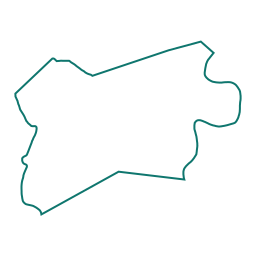 outline of Pimienta, Cortés, Honduras
{"feature_id": "27666195B68412156052956", "entity_name": "Pimienta", "entity_type": "district", "adm_level": 2, "iso_a3": "HND", "parent_name": "Honduras", "parent_adm1": "Cortés", "projection": "natural_earth1", "projection_center": [-87.976, 15.271], "detail": "fine", "context": "isolated", "style": "outline", "palette": "teal", "viewbox_px": 256, "rotation_deg": 0, "n_neighbors": 0, "source": "geoboundaries", "source_scale": "gbopen_adm2", "svg_char_len": 5625}
<svg xmlns="http://www.w3.org/2000/svg" viewBox="0 0 256 256"><path d="M168.6,50.3L92.4,75.8L90.8,74.7L89.3,74.3L87.4,73.6L85.4,72.5L83.9,71.2L82.2,70.3L80.9,69.4L79.7,68.4L76.5,66.1L75.4,65.1L74.0,64.1L72.2,63.0L70.9,62.2L69.9,61.3L69.1,60.8L62.9,60.8L61.0,60.7L59.4,60.9L56.7,61.1L54.5,59.0L53.6,58.5L52.6,58.5L52.3,58.6L15.4,93.6L15.4,94.2L15.4,94.8L15.5,96.0L15.5,96.4L15.5,96.5L15.6,96.8L15.8,97.2L17.3,100.5L17.5,100.9L17.6,101.1L17.6,101.4L17.8,102.1L17.9,102.5L18.1,103.2L18.2,103.6L18.4,104.3L19.0,105.5L19.1,106.0L19.3,106.6L19.6,107.5L19.7,108.0L19.9,108.7L20.2,109.4L20.2,109.6L20.3,109.8L23.5,114.8L23.9,115.6L24.1,115.9L24.7,117.1L25.1,118.1L25.7,119.5L26.1,120.4L26.4,121.0L26.5,121.2L26.9,121.5L27.2,121.9L27.5,122.3L27.8,122.8L28.0,123.0L28.3,123.3L28.7,123.7L29.4,124.2L29.8,124.6L30.2,124.9L30.8,125.5L31.1,125.7L31.2,125.9L31.4,126.0L31.6,126.0L32.2,126.1L32.8,126.2L33.0,126.2L33.4,126.2L33.8,126.1L34.0,126.1L34.3,126.1L34.5,126.1L35.0,126.1L35.5,126.3L35.9,126.5L36.1,126.7L36.2,126.8L36.4,127.1L36.5,127.4L36.5,127.7L36.6,128.1L36.6,128.5L36.6,129.0L36.4,130.3L36.3,131.1L36.2,131.5L36.0,132.3L35.7,133.3L35.5,133.7L35.2,134.6L34.8,135.5L34.6,135.9L34.4,136.2L33.9,137.1L33.7,137.5L33.5,137.9L33.2,138.6L32.9,139.4L32.7,139.8L32.5,140.3L32.2,140.7L32.1,141.1L31.9,141.6L31.6,142.7L31.4,143.2L31.2,143.7L28.2,151.5L27.3,153.7L27.0,154.5L26.8,154.8L26.6,155.1L26.3,155.4L26.2,155.5L25.2,156.0L24.0,156.6L23.7,156.8L23.2,157.2L22.8,157.5L22.5,158.0L22.2,158.3L22.2,159.9L22.2,160.6L22.3,160.9L22.4,161.3L22.5,161.7L22.7,162.1L22.9,162.4L23.1,162.8L23.2,163.0L23.4,163.2L23.7,163.4L24.0,163.7L24.3,163.9L24.6,164.0L24.8,164.1L25.3,164.3L25.7,164.4L26.0,164.6L26.4,164.9L26.5,165.0L26.7,165.3L26.8,165.5L26.9,165.9L26.9,166.1L26.9,166.4L26.9,166.6L26.8,166.9L26.8,167.1L26.2,168.4L24.9,171.4L24.4,172.6L24.1,173.3L23.9,173.9L23.6,174.9L23.5,175.2L23.4,175.5L23.4,175.9L23.3,176.5L23.3,176.8L23.2,177.2L23.1,177.6L23.0,178.1L22.9,178.5L22.7,178.9L22.5,179.7L22.4,180.0L22.2,180.6L22.1,181.2L22.0,181.7L21.8,182.8L21.7,183.8L21.6,184.7L21.6,185.1L21.5,185.9L21.5,187.1L21.5,188.3L21.6,191.8L21.6,193.4L21.7,194.0L21.7,194.7L22.0,196.3L22.3,198.5L22.6,199.8L22.7,200.4L22.8,200.8L23.0,201.2L23.2,201.6L23.4,201.9L23.6,202.1L23.7,202.3L24.0,202.6L24.3,202.9L24.6,203.2L25.0,203.5L25.4,203.8L25.6,204.0L25.9,204.1L26.4,204.3L27.2,204.5L27.6,204.6L29.4,205.0L30.4,205.2L32.1,205.6L32.8,205.8L33.3,206.0L33.6,206.1L33.9,206.3L35.0,206.9L36.6,207.8L36.9,208.1L37.4,208.4L38.2,209.0L38.7,209.4L39.1,209.7L39.3,209.9L39.6,210.1L39.7,210.3L39.9,210.5L40.2,210.9L40.4,211.3L40.7,211.8L40.9,212.2L41.0,212.5L41.1,212.9L41.2,213.4L41.3,213.9L41.4,214.4L56.6,206.0L118.6,171.7L184.3,179.5L184.0,178.5L183.8,177.7L183.8,177.4L183.7,176.9L183.6,175.9L183.5,175.2L183.4,174.4L183.4,173.7L183.4,173.1L183.4,172.6L183.4,171.8L183.5,171.2L183.6,170.7L183.7,170.2L183.9,169.7L184.0,169.2L184.3,168.6L184.6,168.1L184.8,167.8L184.9,167.6L185.5,166.9L186.0,166.2L186.3,165.9L186.7,165.5L188.2,164.0L189.3,163.0L190.5,162.1L191.2,161.4L191.6,161.0L191.9,160.7L192.5,160.0L193.1,159.2L193.6,158.6L194.1,157.9L195.1,156.3L195.7,155.4L196.3,154.4L196.4,154.1L196.4,153.9L196.7,151.8L196.9,149.8L197.3,146.7L197.3,145.7L197.4,145.3L197.3,144.9L197.3,143.6L197.2,142.5L197.0,141.1L196.8,139.4L196.6,137.8L196.5,137.2L196.4,136.4L196.2,135.7L195.7,133.8L195.3,132.1L194.8,130.4L194.6,129.8L194.5,129.3L194.4,128.7L194.4,128.0L194.4,127.6L194.4,127.1L194.4,126.0L194.4,125.3L194.5,124.6L194.6,123.9L194.7,123.1L194.8,123.0L194.8,122.8L195.0,122.6L195.2,122.2L195.5,121.9L195.7,121.6L196.0,121.3L196.3,121.1L196.6,120.8L196.8,120.7L197.2,120.5L197.5,120.4L197.8,120.3L198.1,120.2L198.4,120.2L198.8,120.2L199.2,120.2L199.6,120.2L200.0,120.2L200.5,120.3L200.8,120.4L201.5,120.6L202.9,121.1L204.0,121.6L204.9,121.9L206.8,122.8L207.7,123.2L209.0,123.9L209.7,124.2L210.7,124.6L211.3,124.8L213.1,125.4L214.6,125.7L216.0,126.1L217.2,126.3L217.7,126.4L218.5,126.5L219.1,126.5L219.7,126.5L220.5,126.4L221.0,126.4L221.9,126.2L222.6,126.1L224.4,125.8L226.2,125.4L227.1,125.2L228.5,124.8L230.5,124.2L232.3,123.7L233.7,123.3L234.3,123.0L234.6,122.9L234.8,122.8L235.0,122.7L235.4,122.3L235.8,121.9L236.2,121.4L236.6,120.8L236.9,120.3L237.2,119.7L237.5,119.2L237.8,118.6L238.2,117.7L238.5,116.9L238.6,116.3L238.8,115.7L239.2,114.5L239.4,113.5L239.5,112.9L239.7,112.2L239.7,111.7L239.8,111.0L239.8,110.1L239.9,109.2L239.9,107.6L239.9,106.3L239.9,105.6L240.0,104.4L240.1,102.8L240.2,102.0L240.3,101.2L240.5,100.2L240.5,99.6L240.6,99.1L240.6,98.5L240.6,97.6L240.6,96.9L240.6,95.9L240.4,94.4L240.3,93.4L240.1,92.1L240.1,91.8L240.0,91.5L239.9,91.2L239.7,90.7L239.6,90.3L239.0,89.3L238.4,88.4L237.9,87.5L237.2,86.6L236.6,85.8L236.1,85.2L235.8,84.9L235.6,84.7L235.1,84.3L234.6,84.0L234.0,83.6L233.3,83.2L233.0,83.1L232.5,82.9L232.0,82.7L231.5,82.5L231.0,82.4L230.5,82.3L230.1,82.2L229.7,82.2L228.6,82.1L227.4,82.1L226.5,82.2L225.3,82.2L223.9,82.3L222.3,82.5L221.7,82.6L220.8,82.6L220.2,82.6L219.5,82.6L218.0,82.5L216.6,82.4L215.9,82.3L214.7,82.1L214.2,82.0L213.7,81.9L213.1,81.8L212.7,81.7L212.4,81.6L212.1,81.5L211.8,81.3L210.9,80.9L210.5,80.7L209.3,80.0L209.0,79.8L208.6,79.6L208.3,79.3L207.9,79.0L207.5,78.6L207.1,78.2L206.7,77.9L206.3,77.4L206.0,77.0L205.8,76.8L205.6,76.5L205.3,76.0L205.1,75.5L204.9,75.1L204.8,74.6L204.7,74.2L204.7,73.7L204.7,73.0L204.7,72.4L204.9,71.1L205.0,70.4L205.2,69.1L205.4,67.8L205.7,66.4L206.0,64.9L206.1,64.3L206.3,63.6L206.6,63.0L206.8,62.4L207.0,61.9L207.2,61.4L207.5,60.9L207.7,60.5L207.9,60.2L208.2,59.6L208.7,59.1L210.0,57.4L212.0,54.9L213.6,52.9L200.8,41.6L168.6,50.3Z" fill="none" stroke="#0f766e" stroke-width="2"/></svg>